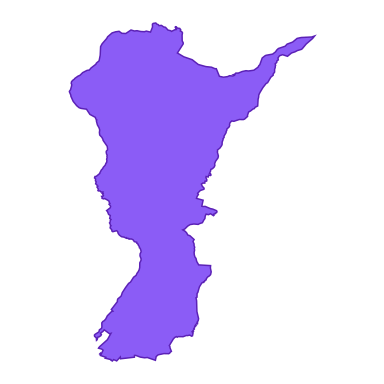 Bumbesti-Jiu, Gorj, Romania (Robinson projection)
{"feature_id": "2599482B75025321054435", "entity_name": "Bumbesti-Jiu", "entity_type": "district", "adm_level": 2, "iso_a3": "ROU", "parent_name": "Romania", "parent_adm1": "Gorj", "projection": "robinson", "projection_center": [23.397, 45.21], "detail": "fine", "context": "isolated", "style": "filled", "palette": "violet", "viewbox_px": 384, "rotation_deg": 0, "n_neighbors": 0, "source": "geoboundaries", "source_scale": "gbopen_adm2", "svg_char_len": 5929}
<svg xmlns="http://www.w3.org/2000/svg" viewBox="0 0 384 384"><path d="M155.4,360.3L156.2,356.5L158.2,354.8L163.9,353.6L168.7,353.7L169.6,353.2L170.5,352.0L171.4,351.4L170.0,347.8L169.9,346.6L169.3,345.6L173.3,339.0L174.8,337.4L176.4,336.6L177.2,337.2L178.3,336.6L183.1,336.7L186.3,335.5L187.6,335.6L189.6,335.1L191.7,336.2L192.5,335.8L193.0,333.4L192.5,332.9L193.0,332.4L192.3,331.7L193.4,331.3L193.0,330.6L194.3,329.1L193.9,328.4L194.5,327.9L194.8,326.1L195.0,325.9L195.4,326.3L195.9,325.8L195.4,325.7L195.6,324.8L196.6,323.7L197.2,323.8L197.0,323.0L197.6,322.9L197.3,321.8L198.1,320.9L198.6,318.7L196.9,311.5L196.6,300.7L196.0,297.8L197.0,297.2L197.1,293.4L197.8,292.5L199.4,286.9L201.6,283.3L202.2,282.7L203.7,282.4L203.6,281.8L204.0,281.8L204.9,280.9L204.8,280.6L206.2,279.8L206.2,279.0L207.5,277.1L209.5,275.8L210.6,274.6L211.2,271.9L210.4,268.0L210.6,265.6L198.7,264.9L196.7,261.4L196.0,258.4L194.9,256.9L194.3,254.8L194.1,252.4L194.6,250.1L194.3,248.3L194.7,247.3L194.0,245.3L194.1,244.0L193.0,241.5L194.1,239.5L189.9,235.7L187.8,235.0L186.6,232.8L185.2,231.3L182.8,229.9L184.8,229.0L187.7,226.1L190.1,224.6L193.9,224.0L198.2,224.4L199.6,223.6L202.4,222.7L203.9,219.9L204.9,218.6L205.2,216.1L206.1,214.1L208.4,214.7L210.5,213.7L213.5,215.7L214.0,215.3L213.7,214.2L215.4,213.6L215.4,213.1L216.6,212.6L217.0,211.8L216.6,210.7L212.8,209.1L210.4,208.6L205.2,206.4L202.9,206.5L201.8,206.2L203.1,200.2L196.5,198.4L197.2,196.2L198.4,194.5L197.6,193.3L200.3,190.5L203.9,189.3L204.1,188.2L202.2,186.1L201.4,184.1L202.8,183.1L204.8,183.1L205.0,181.2L206.6,181.1L206.9,179.9L205.9,177.5L206.1,176.5L208.2,177.0L208.6,175.2L210.5,175.5L211.0,175.0L210.5,173.7L209.5,173.3L210.5,171.3L210.8,169.4L212.5,168.7L214.3,166.9L214.9,165.3L214.6,163.9L215.5,161.4L218.0,157.9L218.4,156.0L217.3,151.9L217.6,151.2L217.5,149.9L219.8,148.2L221.7,145.5L222.1,144.4L222.2,142.0L223.1,139.6L223.0,138.8L224.1,137.4L224.0,136.2L226.1,132.6L226.1,131.5L226.7,130.6L226.9,129.0L229.0,127.1L229.7,125.5L229.5,124.3L230.1,122.6L231.7,121.0L233.9,121.3L239.3,119.5L243.3,119.6L244.6,119.1L247.6,116.4L247.5,115.3L248.6,112.0L250.5,111.0L253.0,109.0L254.3,108.6L255.1,107.3L257.7,106.0L258.1,99.2L258.6,97.4L258.8,94.9L259.9,92.6L262.9,87.6L266.1,83.5L267.6,82.7L270.8,77.2L273.2,75.2L273.1,74.1L274.6,72.1L274.6,69.4L275.2,67.6L275.3,66.0L275.6,65.5L275.2,63.8L276.7,62.5L276.9,60.9L278.3,59.9L278.0,57.9L279.5,55.8L282.5,54.7L287.5,56.3L291.5,53.0L295.1,51.8L297.3,50.6L301.3,49.4L302.2,48.8L306.2,44.0L312.6,38.5L314.6,36.0L311.7,37.0L301.2,37.5L297.1,38.4L292.6,42.1L287.1,44.1L285.2,46.2L278.4,48.5L276.7,50.1L275.5,51.9L272.6,54.1L266.0,55.3L265.0,55.8L262.2,58.0L259.8,64.7L258.8,65.7L258.0,67.2L253.9,70.2L248.4,71.0L246.0,70.7L242.2,71.5L238.3,73.1L235.8,73.1L234.6,74.3L233.6,74.6L234.7,75.0L234.5,75.3L232.8,76.0L229.5,75.7L227.6,76.6L223.5,77.2L219.4,76.3L216.3,68.7L215.0,68.7L211.5,67.2L205.9,66.6L198.3,64.5L192.2,59.7L183.8,56.8L177.4,53.0L183.2,43.9L183.2,42.8L182.2,40.8L182.1,35.1L182.5,32.9L181.7,31.6L180.3,31.0L180.7,29.7L179.7,28.4L177.3,28.1L176.3,26.8L175.5,26.7L175.2,27.2L176.3,29.5L174.7,29.8L171.5,31.4L170.7,30.7L168.0,30.1L165.5,27.3L163.6,26.9L161.5,25.4L158.9,25.6L158.2,24.6L156.8,24.1L155.8,23.0L153.2,23.4L152.4,24.2L152.5,27.1L150.5,32.1L146.3,31.1L144.4,31.7L140.7,31.5L137.0,30.7L134.4,31.0L131.0,30.0L125.8,33.5L121.8,33.3L119.1,31.3L115.6,31.8L112.1,32.9L107.6,36.8L106.7,38.5L102.1,43.8L100.6,46.6L100.2,55.2L99.1,60.8L96.4,63.1L95.8,64.3L90.9,68.1L89.4,70.0L87.0,70.4L82.7,72.6L80.1,75.2L77.9,76.2L74.7,78.5L74.4,79.1L72.6,80.4L71.5,81.8L71.2,83.3L71.7,84.4L71.6,85.9L70.5,89.8L69.4,91.3L69.4,91.8L70.8,95.1L70.9,96.3L73.2,101.4L76.7,105.7L79.1,107.7L81.0,108.4L86.5,109.2L89.9,114.4L95.4,117.4L95.7,118.8L96.8,120.0L96.3,120.7L97.4,124.9L99.0,127.7L99.7,129.9L99.4,132.5L99.7,135.0L101.9,137.4L102.9,139.3L103.1,140.4L107.2,146.3L107.6,149.2L107.4,150.0L106.3,151.2L106.2,152.1L106.5,153.9L107.2,155.2L106.9,156.1L107.1,157.7L106.6,159.2L106.9,160.4L106.6,162.6L106.0,163.1L105.2,165.2L103.2,167.4L102.7,168.6L101.4,169.9L99.9,172.7L99.8,173.4L96.2,176.4L95.0,176.5L94.5,177.9L95.6,178.9L95.4,180.8L96.2,181.8L95.6,183.8L96.8,184.7L97.3,186.0L97.8,186.2L97.0,187.1L98.4,189.1L97.9,190.5L98.3,190.9L99.9,190.9L101.0,192.0L102.9,192.1L102.2,193.3L103.2,193.5L102.8,194.5L103.4,195.6L102.7,196.3L101.6,196.4L102.2,197.6L102.1,198.4L103.6,198.9L104.8,198.6L107.7,200.2L109.1,201.3L109.3,202.6L109.9,203.4L109.0,204.2L110.4,205.8L110.6,206.6L110.2,207.8L106.6,210.6L107.5,211.6L108.6,214.4L110.3,215.5L109.7,218.5L111.0,219.5L110.3,220.4L110.1,222.2L109.5,222.9L110.3,224.3L110.4,225.2L111.0,225.8L110.5,226.2L110.1,227.9L111.7,229.7L112.0,231.2L112.8,231.7L116.7,230.7L117.7,231.8L118.2,233.5L119.4,235.1L121.5,236.7L124.3,237.2L126.0,238.1L126.5,237.8L126.6,238.3L128.3,238.4L128.6,238.9L129.3,238.7L129.8,239.2L130.9,238.9L131.7,239.1L133.1,239.8L134.3,241.6L136.8,242.3L136.8,243.2L138.2,244.3L138.1,244.8L139.3,246.6L139.4,247.8L140.2,248.3L141.0,250.8L141.1,251.8L140.1,253.8L140.0,255.9L141.1,258.9L141.0,260.4L139.8,262.8L139.7,267.5L139.2,269.7L138.2,271.7L137.0,273.3L136.1,275.4L133.6,277.2L130.5,282.1L128.6,283.4L125.6,287.5L122.3,292.6L121.3,295.7L120.7,296.5L117.9,298.8L117.4,300.1L117.4,301.6L111.3,309.5L112.9,311.2L111.5,311.6L107.4,315.7L105.8,318.9L104.3,320.6L102.8,321.5L101.8,322.9L101.9,327.0L101.5,328.4L99.4,329.8L98.9,331.9L95.1,334.3L94.4,335.1L94.6,336.4L96.3,337.8L96.5,340.3L97.1,339.8L97.9,337.1L99.0,336.9L100.9,335.6L101.4,334.4L100.5,333.6L100.7,333.0L102.9,331.5L104.2,329.8L109.6,333.8L110.9,333.4L107.4,339.7L99.8,346.5L98.7,347.8L98.5,348.2L101.7,349.1L103.1,350.2L101.5,353.5L100.6,353.0L99.7,354.0L100.9,354.9L100.5,355.5L105.8,357.3L105.2,358.2L110.9,359.6L111.0,360.3L112.4,361.0L113.6,359.6L116.7,360.9L120.3,357.0L120.5,358.8L134.4,357.2L134.5,355.4L135.8,355.4L140.3,357.1L144.6,357.8L147.3,357.5L155.4,360.3Z" fill="#8b5cf6" stroke="#5b21b6" stroke-width="1.5"/></svg>